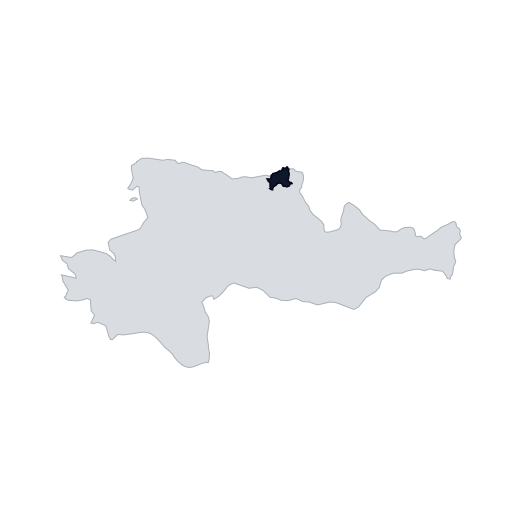 location of Jasong, Chagang-do, North Korea, rotated 46°
{"feature_id": "82179303B8327085431714", "entity_name": "Jasong", "entity_type": "district", "adm_level": 2, "iso_a3": "PRK", "parent_name": "North Korea", "parent_adm1": "Chagang-do", "projection": "equal_earth", "projection_center": [126.597, 41.451], "detail": "fine", "context": "in_parent", "style": "filled", "palette": "ink", "viewbox_px": 512, "rotation_deg": 46, "n_neighbors": 0, "source": "geoboundaries", "source_scale": "gbopen_adm2", "svg_char_len": 5742}
<svg xmlns="http://www.w3.org/2000/svg" viewBox="0 0 512 512"><g transform="rotate(46 256 256)"><path d="M299.6,364.6L297.9,365.6L295.0,371.0L292.3,377.9L289.7,381.6L286.6,383.6L283.4,384.8L276.8,385.4L271.0,384.9L269.0,384.2L261.0,384.6L258.7,385.1L247.0,384.5L241.0,385.1L237.1,386.4L233.2,389.2L229.8,393.4L226.8,397.9L220.7,406.1L216.4,410.0L216.4,415.8L216.3,417.6L214.8,418.8L214.3,418.2L211.9,417.8L201.9,412.5L193.8,415.8L191.7,419.9L189.5,421.3L186.3,413.1L181.0,412.8L172.6,405.6L169.0,407.1L168.0,410.0L163.4,416.6L156.9,422.1L154.8,422.8L152.4,422.5L152.7,420.9L150.1,414.8L139.9,412.3L136.3,409.7L134.4,409.1L144.5,402.3L147.1,401.0L145.1,399.4L143.0,398.7L134.8,399.7L130.5,397.4L124.3,398.2L120.0,396.4L129.0,389.7L129.4,385.7L129.3,382.7L134.0,373.8L138.5,368.9L150.4,361.9L155.5,361.0L159.3,361.2L162.3,360.6L159.1,357.9L156.0,356.7L149.9,357.0L143.6,353.0L143.1,348.7L155.5,322.1L155.7,319.7L153.8,313.2L153.2,306.9L144.5,303.3L140.6,302.9L129.4,295.8L125.0,292.2L123.2,293.2L122.8,298.9L121.2,300.2L118.3,301.3L116.8,294.8L114.5,290.1L107.1,285.4L104.4,282.7L105.8,277.1L105.2,276.6L106.4,270.2L111.0,265.3L122.3,256.6L125.2,252.5L130.9,247.7L133.4,247.8L136.0,247.4L136.8,245.3L137.5,243.7L139.7,242.2L145.2,239.5L151.4,236.1L156.3,235.1L162.4,229.9L164.9,227.6L167.3,227.6L168.0,226.5L169.4,223.8L171.3,222.1L174.0,221.7L178.4,220.5L183.9,219.7L187.6,215.3L188.9,212.2L191.3,208.8L196.6,205.0L200.2,199.5L204.2,193.5L206.1,191.6L207.9,191.2L209.0,189.0L210.3,182.6L212.1,176.4L213.2,173.5L217.8,170.3L219.0,168.8L220.0,168.3L222.1,168.7L225.0,166.8L227.7,164.7L230.1,165.5L232.6,167.2L235.2,170.6L236.4,173.3L238.4,175.6L238.8,178.9L240.9,180.4L245.2,181.1L252.4,183.3L257.0,183.5L259.7,185.2L265.2,186.1L276.2,184.8L280.8,185.5L282.7,187.6L285.5,189.3L287.3,189.3L289.7,186.5L292.3,181.9L294.0,178.4L293.9,175.6L292.4,172.6L288.7,169.8L286.3,165.5L284.0,161.0L282.6,159.6L281.5,157.4L281.3,154.1L282.1,151.9L287.5,150.4L294.5,149.5L300.2,150.4L309.7,149.8L315.6,148.6L319.9,148.7L323.9,148.7L325.6,146.8L331.1,142.2L333.8,140.6L336.7,137.5L337.1,134.2L337.7,131.6L339.3,128.8L342.1,125.4L344.6,123.8L347.3,124.0L350.3,125.6L352.1,127.2L354.2,126.7L355.9,124.0L357.0,123.5L360.4,123.2L361.4,121.6L362.5,113.6L363.7,107.3L363.9,102.9L366.7,95.6L367.6,91.2L369.3,89.2L371.3,89.3L373.0,90.6L375.2,91.4L378.0,90.7L380.1,91.8L381.4,94.1L385.6,95.7L386.0,96.9L386.1,104.8L388.5,108.5L391.6,111.9L395.9,114.9L398.2,115.6L399.6,117.8L401.0,121.6L404.1,125.2L405.8,127.9L406.1,130.7L407.6,132.3L405.2,134.0L401.9,132.9L396.6,132.3L389.9,137.8L386.2,139.7L383.7,145.0L378.4,148.2L375.5,151.6L371.9,157.5L369.5,163.2L363.9,169.0L360.6,176.4L360.5,182.7L364.3,189.1L364.7,194.6L362.3,205.9L363.9,217.9L362.4,222.7L344.9,230.9L340.3,235.0L333.9,245.8L326.1,249.7L321.2,254.1L314.4,256.7L310.1,264.3L305.4,268.6L299.7,271.2L295.4,274.6L285.9,274.8L279.1,277.1L274.4,283.4L260.0,290.7L258.0,296.2L259.0,304.6L259.1,311.1L257.9,316.4L254.7,314.9L253.0,316.7L251.2,321.6L251.7,327.2L256.7,329.0L260.8,331.4L266.5,332.5L270.8,335.1L279.8,347.0L287.2,352.3L289.2,354.2L293.4,356.8L297.3,360.9L299.6,364.6ZM131.1,306.3L128.4,308.1L128.3,304.9L130.4,302.1L132.6,301.7L131.1,306.3Z" fill="#d9dde1" stroke="#a8b0b8" stroke-width="1"/><path d="M228.7,183.5L228.5,182.8L228.1,181.8L228.1,181.5L228.1,181.2L228.1,180.8L228.3,180.5L228.6,180.3L228.9,180.1L229.3,180.1L229.5,180.2L228.8,179.6L228.1,179.6L227.4,179.8L226.8,180.3L225.7,180.6L224.6,180.6L223.4,180.0L222.8,178.6L222.0,177.8L221.4,176.9L220.8,175.9L219.1,174.4L218.4,174.4L217.8,174.0L217.4,173.5L217.0,172.9L216.6,172.4L216.3,172.0L216.2,172.0L216.0,172.3L215.9,172.3L215.8,172.5L215.7,172.5L215.4,172.6L215.2,172.7L214.9,172.5L214.8,172.4L214.7,172.3L214.7,172.2L214.5,171.9L214.3,171.8L214.3,171.7L214.2,171.7L213.9,171.6L213.7,171.6L213.6,171.8L213.5,172.0L213.4,172.0L213.4,172.3L213.4,172.5L213.5,172.6L213.5,172.8L213.6,173.0L213.6,173.3L213.6,173.5L213.4,173.8L213.2,173.9L213.1,174.0L212.9,174.2L212.8,174.3L212.7,174.4L212.7,174.5L212.7,174.9L212.7,175.0L212.4,175.2L212.2,175.2L211.9,175.1L211.7,175.1L211.4,175.1L211.2,175.2L211.2,175.3L211.3,175.4L211.3,175.5L211.4,175.8L211.5,175.8L211.5,176.0L211.6,176.3L211.7,176.6L211.8,176.8L211.8,177.0L212.0,177.2L212.0,177.3L212.2,177.5L212.3,177.6L212.4,177.8L212.5,178.0L212.5,178.3L212.5,178.5L212.4,178.6L212.4,178.9L212.4,179.0L212.3,179.3L212.2,179.3L211.9,179.4L211.7,179.5L211.4,179.7L211.3,179.9L211.2,179.9L211.2,180.0L211.0,180.3L210.9,180.6L210.9,180.8L210.9,181.0L210.9,181.3L210.9,181.6L210.8,181.8L210.7,181.9L210.7,182.0L210.6,182.3L210.5,182.5L210.5,182.8L210.8,182.9L210.8,183.0L210.8,183.3L210.7,183.3L210.4,183.5L210.2,183.6L210.0,183.8L209.9,183.9L209.8,184.0L209.7,184.1L209.7,184.3L209.6,184.5L209.5,184.8L209.4,185.0L209.3,185.3L209.2,185.4L209.2,185.5L209.0,185.8L208.9,185.9L208.8,186.0L208.7,186.1L208.6,186.3L208.5,186.5L208.5,186.8L208.6,187.0L208.7,187.3L208.7,187.5L208.7,187.8L208.6,188.0L208.6,188.3L208.6,188.5L208.6,188.8L208.6,189.0L208.7,189.3L208.8,189.4L208.8,189.5L209.0,189.6L209.1,189.8L209.3,189.9L209.4,190.0L209.5,190.0L209.8,190.2L209.8,190.3L210.0,190.4L210.0,190.5L210.0,190.8L210.0,191.0L210.7,191.6L210.4,192.3L210.1,192.8L209.4,193.3L208.2,194.5L209.1,194.8L209.9,195.0L211.0,195.3L211.6,195.2L212.4,195.2L213.5,195.3L213.9,195.7L214.4,196.3L215.3,197.2L215.9,197.7L217.6,198.9L217.4,199.2L218.1,199.1L218.7,198.9L219.4,198.6L219.9,198.0L219.3,197.7L218.8,196.5L218.5,195.6L218.5,194.8L218.7,193.8L219.0,192.2L218.8,190.9L219.1,189.7L219.6,188.6L220.4,188.0L221.2,187.4L222.4,187.4L223.5,187.6L224.1,187.9L224.8,187.9L225.4,187.4L225.9,186.6L226.5,186.2L227.1,186.2L227.4,186.1L227.9,185.4L228.5,184.0L228.7,183.5Z" fill="#0f172a" stroke="#020617" stroke-width="1.5"/></g></svg>